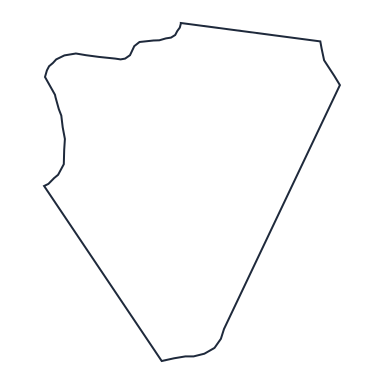 the district of Bongalo, Choiseul, Saint Lucia
{"feature_id": "8701671B48752097884677", "entity_name": "Bongalo", "entity_type": "district", "adm_level": 2, "iso_a3": "LCA", "parent_name": "Saint Lucia", "parent_adm1": "Choiseul", "projection": "orthographic", "projection_center": [-61.031, 13.766], "detail": "fine", "context": "isolated", "style": "outline", "palette": "slate", "viewbox_px": 384, "rotation_deg": 0, "n_neighbors": 0, "source": "geoboundaries", "source_scale": "gbopen_adm2", "svg_char_len": 674}
<svg xmlns="http://www.w3.org/2000/svg" viewBox="0 0 384 384"><path d="M44.1,186.0L161.7,361.0L174.0,358.3L185.4,356.4L193.6,356.4L204.4,353.7L214.5,347.9L220.9,338.8L224.0,329.0L339.9,85.1L334.3,75.9L324.1,60.3L321.6,48.5L320.3,41.4L180.8,23.0L180.8,23.8L179.8,27.6L177.3,31.0L175.2,35.0L171.0,37.6L165.9,38.4L159.3,40.3L153.5,40.5L139.5,42.0L134.3,46.1L130.0,55.2L125.1,58.6L120.6,59.4L115.3,58.6L98.8,56.9L86.0,55.2L75.9,53.5L64.4,55.4L56.2,59.4L52.9,63.0L49.1,66.2L46.9,70.4L45.0,77.0L55.0,94.8L55.5,97.2L58.8,109.1L61.3,115.6L62.7,127.3L64.9,139.0L64.2,149.8L63.8,164.2L58.1,174.8L54.2,178.0L48.4,183.9L44.1,186.0Z" fill="none" stroke="#1e293b" stroke-width="2"/></svg>